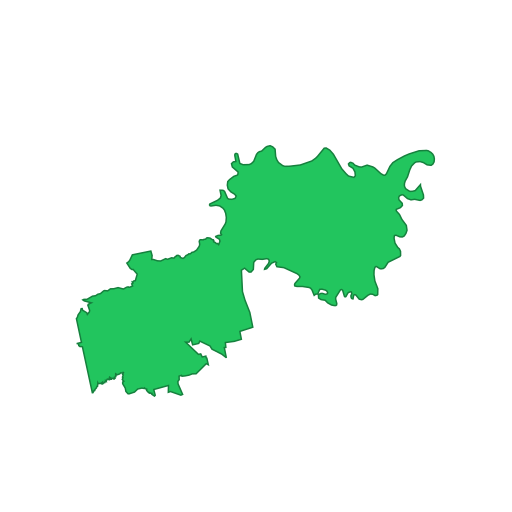 the district of Jáltipan, Veracruz, Mexico, rotated 249°
{"feature_id": "50627088B42259130127478", "entity_name": "Jáltipan", "entity_type": "district", "adm_level": 2, "iso_a3": "MEX", "parent_name": "Mexico", "parent_adm1": "Veracruz", "projection": "albers", "projection_center": [-94.718, 17.862], "detail": "fine", "context": "isolated", "style": "filled", "palette": "green", "viewbox_px": 512, "rotation_deg": 249, "n_neighbors": 0, "source": "geoboundaries", "source_scale": "gbopen_adm2", "svg_char_len": 6076}
<svg xmlns="http://www.w3.org/2000/svg" viewBox="0 0 512 512"><g transform="rotate(249 256 256)"><path d="M301.4,141.0L297.4,136.8L296.3,135.1L295.7,132.9L289.4,134.2L287.7,135.5L287.5,136.5L281.6,138.6L276.2,134.5L276.5,132.9L276.2,132.1L275.3,131.6L275.8,131.2L274.6,131.1L274.5,130.0L272.2,130.0L272.1,126.9L272.5,125.8L273.0,125.6L273.2,124.0L272.7,120.4L275.9,115.9L276.4,111.5L277.5,108.3L276.6,105.0L278.0,102.3L278.0,101.2L276.6,97.2L277.0,94.6L276.4,92.1L277.1,88.9L276.1,82.7L277.2,79.7L277.1,78.6L275.6,79.6L271.3,85.5L271.1,82.3L270.4,82.2L270.4,81.4L264.8,81.2L263.5,80.4L261.9,77.6L263.6,77.7L267.5,74.7L269.2,74.9L269.5,73.9L267.0,72.1L264.8,68.8L262.7,67.2L261.9,65.9L237.9,62.1L238.5,57.2L237.8,58.5L236.8,58.8L235.9,58.4L234.5,59.2L233.7,61.3L234.0,61.5L187.0,54.2L186.8,54.7L187.6,55.7L188.2,55.5L188.2,57.2L188.8,57.2L190.1,59.8L191.3,60.8L191.2,61.4L194.3,62.9L193.3,63.0L192.7,65.8L193.1,67.0L192.7,66.7L192.0,67.3L191.7,66.6L191.5,67.0L192.5,69.0L192.0,69.4L192.8,70.2L192.4,71.1L193.8,71.0L193.4,72.0L194.3,72.9L194.2,73.6L193.2,74.4L195.4,75.9L194.3,76.7L193.2,75.4L192.7,77.0L193.3,77.8L193.0,78.7L192.7,79.2L191.4,79.3L192.1,79.5L192.4,80.6L193.5,80.4L193.6,81.9L194.5,82.0L194.9,83.1L195.6,82.5L196.3,82.8L194.8,84.0L194.8,86.6L195.4,87.7L194.5,89.5L195.0,90.2L194.7,90.5L193.2,89.0L192.4,89.4L190.8,87.9L190.0,88.2L188.7,86.9L186.7,87.7L187.0,86.4L186.4,87.2L185.4,86.0L184.4,85.8L179.6,86.6L176.2,86.0L173.3,87.1L172.8,88.1L172.5,93.8L174.2,97.9L173.6,102.1L172.4,104.1L172.8,104.6L171.6,105.2L170.8,106.3L169.8,105.7L167.7,106.4L166.8,107.5L166.6,107.1L166.1,107.4L166.1,108.5L165.9,108.0L165.1,109.4L164.9,109.0L164.2,109.2L161.6,111.0L162.1,112.0L168.0,112.7L166.5,127.9L160.2,125.3L160.1,127.6L153.0,136.0L153.1,137.9L164.5,137.4L166.9,138.1L168.1,140.0L171.4,141.1L171.3,143.7L170.3,143.8L169.5,146.8L168.8,150.7L168.8,154.4L167.5,157.8L173.3,171.0L171.6,172.5L178.3,173.5L178.8,173.0L180.5,173.3L181.0,169.6L184.4,169.3L184.8,167.0L200.8,159.4L199.6,162.6L201.9,165.7L195.8,165.0L194.9,171.2L196.7,173.0L188.5,180.8L184.8,181.5L176.6,188.9L172.1,191.6L172.1,191.9L181.9,193.6L181.5,195.1L186.2,196.4L184.1,205.1L183.5,212.5L191.4,213.9L190.7,227.5L205.5,230.0L219.0,229.9L227.6,230.6L248.0,237.3L248.7,241.0L243.5,243.8L242.8,245.6L244.4,248.7L250.9,251.6L252.5,254.5L252.5,256.7L250.6,260.7L249.7,265.0L248.8,266.3L247.5,266.7L246.4,266.5L244.6,265.1L241.3,259.7L240.5,259.2L240.3,261.4L243.7,267.9L243.9,271.8L242.5,272.8L241.3,271.5L238.5,271.7L235.1,277.9L224.8,288.0L222.7,289.3L220.7,289.6L219.7,288.7L216.4,282.5L215.2,281.6L214.1,281.5L212.8,283.5L210.9,288.5L207.7,294.1L206.5,295.4L204.2,296.1L198.4,296.2L199.0,298.1L198.4,300.0L202.0,303.5L201.4,305.7L199.1,308.8L197.5,309.7L195.8,309.7L195.1,308.6L195.4,306.9L197.2,304.8L197.8,303.3L197.7,301.6L197.2,300.3L194.3,299.4L192.0,301.1L189.9,304.7L186.6,306.1L183.2,308.9L181.6,311.4L181.1,312.7L181.4,313.7L182.7,314.4L187.2,314.9L188.8,315.6L194.2,322.8L194.0,324.0L192.9,324.6L186.8,324.1L185.9,324.5L185.9,325.4L188.5,328.5L188.8,329.7L188.7,331.5L188.3,332.1L186.6,332.0L184.9,330.4L183.7,330.0L182.2,330.0L181.5,330.6L181.2,331.2L184.4,333.2L184.6,334.2L183.9,335.2L178.7,336.9L177.3,339.0L177.2,340.3L179.3,346.7L179.5,349.2L178.4,351.3L176.3,353.0L176.0,354.9L176.4,355.8L181.8,358.0L190.0,358.0L196.2,359.4L200.1,361.0L202.8,362.9L203.2,364.1L202.9,364.8L199.8,367.1L199.2,368.1L198.7,370.3L199.2,372.2L202.8,377.1L204.0,390.2L204.7,391.2L208.6,392.6L211.3,392.4L213.2,391.4L218.3,390.4L223.3,391.3L225.5,392.6L225.2,394.2L222.3,397.2L221.3,399.6L221.6,401.6L223.4,404.1L225.9,406.2L230.7,407.3L237.9,405.3L243.4,404.8L247.3,403.3L248.6,403.2L249.3,403.8L249.4,408.2L250.7,410.8L252.8,411.4L257.3,409.6L259.4,410.1L260.7,411.4L260.9,414.2L260.1,415.4L255.3,418.0L252.9,420.8L252.1,424.4L249.1,429.1L249.0,431.0L250.0,433.2L253.0,434.2L262.2,434.6L263.7,435.1L260.0,428.1L260.3,425.4L261.1,423.0L262.0,422.1L264.9,420.0L266.7,419.6L268.4,419.7L270.5,420.6L272.5,422.1L275.6,425.8L281.4,430.5L284.3,433.5L286.2,437.6L286.4,439.4L285.3,443.1L283.2,445.8L279.8,448.4L277.9,452.0L278.4,454.0L280.1,456.0L282.7,457.3L285.3,457.8L287.7,457.5L289.9,456.5L292.4,454.6L293.4,453.1L295.8,445.9L296.4,435.5L296.2,430.3L295.2,422.4L294.1,417.2L291.7,413.2L286.0,407.2L285.2,405.3L285.6,404.2L288.1,402.1L295.5,398.4L297.3,397.0L301.0,392.3L301.2,386.3L302.3,384.2L305.5,380.7L307.8,379.8L309.5,378.0L309.6,376.9L308.8,375.3L306.8,375.2L303.1,378.0L299.0,378.5L295.3,377.5L294.3,375.6L297.5,371.0L300.6,369.5L306.7,367.3L323.3,364.7L328.4,362.8L331.7,360.2L332.2,358.3L327.0,349.2L325.9,346.7L324.7,342.2L325.1,329.9L327.7,319.7L329.4,315.0L330.8,313.3L335.2,310.5L338.3,309.9L341.8,310.0L348.9,312.1L351.9,310.7L353.9,308.7L354.3,305.6L354.0,303.8L351.9,298.8L352.2,296.5L351.8,294.8L350.7,292.9L345.2,287.8L343.9,284.7L343.8,282.4L345.8,276.7L348.2,274.1L357.7,275.4L358.7,274.6L359.0,273.6L358.6,272.8L357.3,272.2L351.4,271.1L352.0,268.6L351.0,266.2L347.6,265.8L340.8,269.4L338.8,268.4L338.2,267.7L338.3,263.8L336.8,258.7L335.6,256.3L332.4,254.6L328.7,254.0L324.9,255.5L321.5,258.1L319.1,259.0L317.3,257.2L317.5,253.9L318.9,250.9L320.1,250.1L327.7,249.8L329.2,248.7L330.3,246.0L325.0,245.1L322.9,243.5L321.8,240.1L321.1,231.5L320.3,230.9L319.3,231.1L318.8,232.0L317.7,236.8L315.8,240.0L312.5,242.3L310.3,243.0L306.7,243.0L302.6,242.1L298.6,240.2L297.0,238.8L292.0,232.3L290.0,231.1L288.2,231.5L288.0,230.6L288.8,228.0L288.7,225.4L287.9,225.4L285.0,227.7L283.9,227.8L282.8,227.7L280.0,225.2L281.5,224.5L281.8,223.4L283.2,222.8L284.5,221.5L285.2,222.1L286.4,222.0L286.7,221.2L289.2,219.5L290.4,217.3L290.5,216.3L289.7,214.9L290.2,213.4L290.0,212.5L291.1,210.0L291.0,209.1L289.9,208.2L287.2,207.7L285.5,206.6L282.8,202.7L282.0,199.1L282.4,197.5L281.6,195.6L282.1,193.8L281.7,193.3L281.5,190.8L280.2,188.6L279.9,187.0L281.7,184.8L282.9,185.0L284.6,183.5L284.9,181.9L284.4,181.6L284.3,180.2L283.4,178.7L284.6,176.5L284.6,172.2L285.9,170.7L285.5,165.2L286.8,162.3L289.6,158.8L290.1,157.4L293.7,159.2L298.3,159.6L301.4,141.0Z" fill="#22c55e" stroke="#15803d" stroke-width="1.5"/></g></svg>